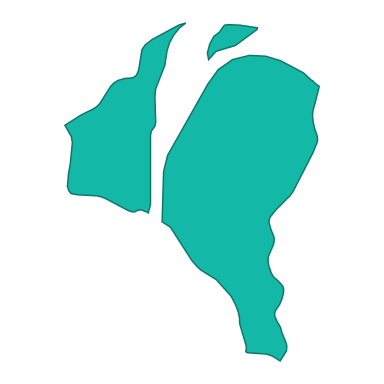 the Region of Essequibo Islands-West Demerara
{"feature_id": "GUY-678", "entity_name": "Essequibo Islands-West Demerara", "entity_type": "Region", "adm_level": 1, "iso_a3": "GUY", "parent_name": "Guyana", "parent_adm1": "", "projection": "mercator", "projection_center": [-58.442, 6.542], "detail": "fine", "context": "isolated", "style": "filled", "palette": "teal", "viewbox_px": 384, "rotation_deg": 0, "n_neighbors": 0, "source": "natural_earth", "source_scale": "10m", "svg_char_len": 1930}
<svg xmlns="http://www.w3.org/2000/svg" viewBox="0 0 384 384"><path d="M162.1,222.4L163.6,171.5L167.6,155.3L208.2,83.5L218.4,69.5L232.5,59.6L249.4,55.4L265.7,56.2L280.5,60.7L303.5,72.9L311.0,79.9L312.9,81.0L314.1,82.4L317.3,85.1L319.0,86.0L319.1,87.0L314.7,104.5L313.8,107.3L312.8,111.8L312.5,115.4L313.1,121.7L314.5,128.1L317.2,136.1L317.5,138.5L317.5,141.4L313.2,152.2L292.9,191.8L289.7,196.2L289.2,196.7L288.3,197.3L275.5,210.3L270.8,216.3L269.8,217.9L269.2,220.3L269.1,223.1L271.3,230.5L273.8,236.6L274.2,238.9L274.1,241.7L273.1,245.6L269.3,254.0L268.6,256.1L268.1,258.4L268.1,261.5L268.7,265.4L270.8,271.8L272.3,275.0L273.7,277.1L278.3,281.1L282.1,285.3L283.1,286.9L283.6,289.5L283.5,292.9L281.9,299.0L279.5,304.7L276.2,309.5L275.2,311.3L274.7,313.5L274.7,316.0L277.1,321.6L280.1,326.6L280.8,328.5L281.9,332.6L285.7,341.9L286.8,345.8L286.5,350.9L280.1,361.0L273.4,356.6L270.4,355.3L266.1,354.0L249.2,352.9L247.1,352.6L245.8,351.7L246.3,348.3L246.3,346.2L239.9,324.5L239.6,322.1L239.6,319.5L239.2,316.1L238.3,312.2L236.0,305.8L231.4,296.6L216.5,279.8L200.8,270.0L196.8,266.3L192.0,260.7L170.3,227.1L162.2,221.9L162.1,222.4ZM185.8,23.0L179.6,27.8L173.8,34.9L169.6,42.6L167.1,50.5L164.8,65.4L155.7,88.7L154.9,96.9L155.7,122.3L154.9,126.3L151.3,131.1L150.5,135.5L150.5,204.5L148.3,212.9L147.5,212.3L141.5,209.9L139.5,209.9L136.6,210.8L134.7,211.9L131.7,211.8L128.1,210.5L105.2,198.4L101.3,196.9L96.9,195.8L77.6,194.8L72.9,194.0L70.7,193.3L68.9,190.8L67.4,186.5L68.6,173.0L70.2,164.5L72.4,142.6L71.3,136.5L64.9,125.3L81.4,114.8L93.6,108.8L96.5,106.8L99.6,103.8L110.9,86.1L114.1,82.9L118.1,80.4L125.0,78.4L129.7,78.2L133.4,77.5L136.0,75.7L138.0,72.1L138.9,68.8L141.9,49.8L145.1,45.0L152.2,39.5L178.5,25.2L185.8,23.0ZM240.1,25.2L257.4,27.8L257.0,29.5L235.3,45.5L216.1,51.3L208.6,59.6L207.4,53.0L209.7,44.2L213.8,36.5L219.6,32.0L223.2,26.7L224.6,25.2L228.1,24.6L240.1,25.2Z" fill="#14b8a6" stroke="#0f766e" stroke-width="1.5"/></svg>